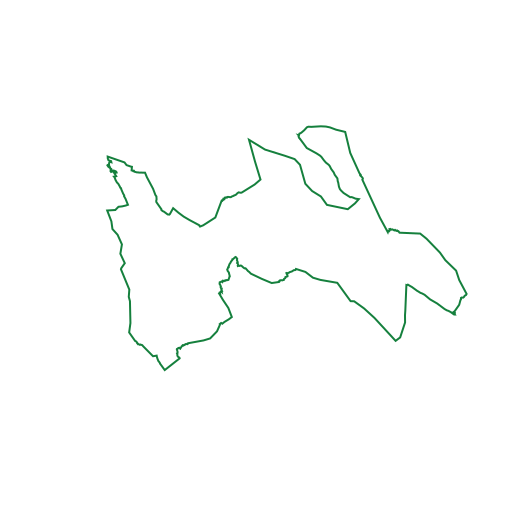 Vågå nor, Oppland, Norway (Natural Earth projection), rotated 231°
{"feature_id": "86288312B91782674250169", "entity_name": "Vågå nor", "entity_type": "district", "adm_level": 2, "iso_a3": "NOR", "parent_name": "Norway", "parent_adm1": "Oppland", "projection": "natural_earth1", "projection_center": [9.014, 61.703], "detail": "fine", "context": "isolated", "style": "outline", "palette": "green", "viewbox_px": 512, "rotation_deg": 231, "n_neighbors": 0, "source": "geoboundaries", "source_scale": "gbopen_adm2", "svg_char_len": 6081}
<svg xmlns="http://www.w3.org/2000/svg" viewBox="0 0 512 512"><g transform="rotate(231 256 256)"><path d="M276.4,109.3L266.0,108.6L265.6,108.9L264.7,109.1L263.4,109.1L263.2,108.8L261.9,108.8L261.9,109.1L260.2,109.7L260.1,109.8L260.0,110.4L259.2,110.8L259.0,111.1L258.3,111.5L257.0,111.5L242.9,112.9L241.1,116.1L240.0,115.5L237.7,114.6L235.6,114.0L234.6,114.1L233.1,113.9L232.8,113.7L224.8,113.3L224.5,132.2L225.2,132.5L226.8,132.0L227.7,132.1L228.2,132.3L229.1,133.0L230.0,133.3L229.9,133.8L230.8,134.7L233.4,135.8L233.5,136.0L233.2,137.0L233.4,137.7L232.9,138.7L232.0,138.7L231.7,138.8L232.1,139.5L232.0,140.1L232.6,141.3L232.6,142.0L232.3,142.5L232.8,142.9L232.8,143.1L232.4,143.4L231.9,144.1L232.0,144.4L231.9,144.6L232.0,144.8L231.7,145.4L231.8,145.9L231.3,146.6L230.6,147.3L230.7,147.8L231.0,148.0L230.9,148.4L223.4,162.1L220.8,168.5L222.0,178.3L225.1,184.4L225.6,185.1L225.9,185.1L225.9,186.8L224.6,187.2L224.6,190.1L223.9,195.1L223.8,198.8L233.0,201.8L242.8,202.7L249.7,203.7L249.4,204.2L250.3,204.3L250.5,204.7L250.1,205.2L250.1,205.6L250.5,206.3L250.4,206.6L249.8,206.7L250.0,206.8L250.0,207.5L251.0,207.6L251.5,208.1L251.5,207.9L251.8,208.0L252.3,208.4L253.9,208.8L254.3,209.1L254.3,209.3L254.4,209.5L256.0,210.0L257.2,210.1L257.8,210.6L258.4,211.3L258.0,211.9L258.0,212.6L257.7,213.0L257.8,213.5L257.5,213.8L257.3,213.7L257.0,213.7L257.2,214.1L257.1,214.5L257.4,214.7L257.5,214.6L257.6,214.8L256.6,215.4L256.5,216.6L256.2,216.6L256.2,217.0L255.6,217.9L255.7,218.1L254.9,219.2L254.8,219.6L256.5,222.3L256.8,222.6L256.8,222.9L259.5,224.1L259.9,224.4L261.2,224.6L262.3,224.6L263.7,225.2L263.8,225.8L264.6,227.0L264.4,227.6L265.1,228.0L265.3,228.8L265.7,229.1L266.5,230.6L266.7,231.6L267.3,232.8L267.3,233.3L267.7,234.0L267.7,234.8L268.3,235.6L268.0,236.0L268.2,239.0L268.1,239.5L267.4,239.7L265.6,239.6L264.9,238.6L262.9,238.0L262.3,237.6L262.3,237.4L262.6,237.2L262.5,236.9L261.2,236.9L260.3,236.6L260.3,236.4L260.3,236.0L260.6,236.0L259.9,235.7L259.9,236.0L259.2,236.3L258.8,236.8L258.5,237.2L258.4,237.9L257.9,238.4L256.8,238.7L255.7,238.8L253.9,239.2L253.4,239.5L253.2,240.0L252.7,240.2L249.3,240.3L247.8,240.7L245.5,240.9L234.6,246.1L225.1,251.2L221.4,257.4L221.9,257.8L221.9,258.2L221.6,258.5L222.0,259.1L221.7,259.6L221.5,260.2L220.5,261.1L220.3,261.8L219.9,262.5L220.5,263.2L220.5,264.0L220.4,264.6L220.6,265.2L221.1,265.6L220.4,267.7L221.3,268.4L222.4,268.5L223.6,268.9L223.5,269.2L222.6,269.5L222.6,270.4L222.3,271.0L222.3,271.9L221.4,274.2L221.2,276.4L220.4,277.6L220.3,278.0L220.8,278.9L212.5,284.4L203.3,286.6L196.9,291.0L184.0,302.3L161.4,301.1L159.0,303.8L147.2,307.0L133.3,309.1L102.2,311.1L102.0,316.8L110.5,330.0L116.3,334.6L119.4,337.5L138.8,354.6L138.3,354.9L138.3,355.6L138.2,356.0L135.4,357.0L134.0,357.6L127.2,359.4L126.6,359.7L123.9,360.6L122.4,361.5L119.8,362.6L112.7,364.0L105.1,366.9L96.0,369.2L93.5,370.2L92.0,371.2L91.2,371.4L90.3,371.9L85.9,373.1L85.4,373.7L86.3,373.8L86.1,373.9L86.3,374.4L86.6,374.8L87.6,374.9L88.1,374.8L88.1,375.2L88.0,375.4L90.2,383.2L93.1,387.2L93.3,388.0L94.4,388.9L94.3,389.7L93.3,390.7L93.3,391.9L93.8,393.2L93.5,394.6L94.0,395.8L109.4,398.8L118.7,402.3L133.6,400.5L142.9,401.1L162.1,399.4L170.1,397.7L183.8,382.2L185.7,382.3L186.1,381.8L187.0,381.7L187.0,381.1L187.2,380.9L188.8,380.5L188.8,380.3L188.6,379.9L188.8,379.6L190.8,378.8L191.2,377.9L192.6,377.4L192.9,376.7L192.0,376.4L191.7,376.1L191.5,375.0L192.1,374.8L192.3,374.6L191.5,373.4L207.8,376.4L248.1,386.6L248.4,386.7L248.5,387.2L249.1,387.9L250.5,388.0L252.9,387.7L253.3,387.8L253.3,388.1L253.0,388.4L253.2,388.5L253.9,388.3L254.1,388.5L255.3,388.5L276.8,394.1L296.3,403.4L303.8,397.7L309.4,394.4L312.6,391.8L316.0,388.0L321.6,380.2L323.5,378.1L324.0,376.6L323.4,372.6L323.3,369.3L323.4,367.7L323.8,366.9L323.7,366.5L322.8,365.2L323.1,365.0L322.4,365.0L322.1,364.3L320.6,363.8L319.6,364.0L319.2,363.8L318.7,363.9L308.0,363.4L297.7,367.6L293.8,368.9L291.9,369.2L287.6,369.0L284.6,369.1L281.1,369.9L279.5,369.9L276.3,369.2L272.0,369.0L269.6,368.3L265.1,368.1L262.7,366.6L261.3,366.1L257.7,364.1L255.2,363.3L253.4,363.3L249.9,363.7L242.4,366.2L241.6,367.4L240.1,368.3L238.0,369.4L235.5,371.7L234.6,366.0L234.6,356.8L251.1,343.3L261.4,343.9L271.2,340.5L281.1,339.8L299.2,347.6L307.0,347.0L315.9,341.4L333.0,330.0L350.7,323.7L330.1,314.7L312.6,307.6L312.4,299.9L314.3,284.7L314.8,283.9L316.4,282.5L316.5,280.8L316.3,279.5L316.3,278.6L316.9,276.9L316.8,276.6L317.5,274.5L317.5,273.7L317.9,273.0L319.0,272.0L319.8,271.1L319.9,270.6L320.1,270.2L319.8,269.9L320.7,269.1L320.9,268.8L320.6,268.3L320.9,268.0L320.6,267.6L320.6,267.4L320.0,267.0L320.2,266.5L320.8,266.3L320.2,265.4L320.6,264.8L320.4,264.6L320.4,264.4L320.2,264.2L320.5,263.9L311.5,248.6L313.1,234.2L314.1,231.0L314.7,231.0L315.5,231.3L325.7,227.0L332.1,224.6L338.4,223.0L345.3,221.7L342.8,215.5L342.7,214.7L343.9,213.5L348.3,212.4L349.7,211.7L351.3,211.4L351.5,211.5L351.9,211.9L360.6,212.5L361.6,213.1L362.6,214.4L365.0,216.1L366.7,216.2L373.0,218.3L385.9,220.8L390.6,222.2L394.5,217.5L395.1,217.1L396.1,215.9L397.2,215.2L398.1,214.5L399.1,214.8L399.5,214.4L399.5,213.9L400.0,213.8L400.8,213.2L403.4,215.7L404.1,215.1L408.1,212.6L411.5,212.7L426.6,203.3L425.1,202.2L423.2,201.6L422.0,202.3L420.9,203.1L419.9,202.6L421.1,201.9L421.1,201.6L420.9,201.1L420.9,200.7L420.1,199.7L418.4,198.5L420.8,197.7L418.4,197.4L418.1,197.5L417.6,197.6L417.8,198.0L417.6,198.5L416.6,198.3L415.3,197.8L414.7,198.3L414.0,198.0L414.6,197.4L413.6,196.9L413.7,196.7L413.6,196.4L412.5,196.3L412.1,197.6L412.7,197.8L412.0,199.2L410.1,200.3L409.3,200.4L408.7,200.2L409.0,199.8L408.9,199.3L410.2,199.0L410.4,198.9L410.2,198.7L410.5,198.6L411.0,198.7L411.4,198.2L406.0,197.6L406.3,196.8L407.0,195.6L406.1,195.6L403.5,194.7L400.7,194.2L398.8,194.4L395.8,193.9L394.4,193.5L393.6,193.8L392.7,193.3L388.1,192.0L386.0,191.7L385.5,191.1L382.6,190.6L376.4,188.7L377.2,186.5L378.8,183.2L380.8,180.1L380.3,175.6L385.0,169.0L373.9,165.4L367.3,161.4L359.6,161.8L349.4,159.1L343.1,152.0L333.0,149.5L331.3,143.6L330.7,142.7L309.6,136.4L304.3,131.4L300.2,129.6L282.9,116.2L276.4,109.3Z" fill="none" stroke="#15803d" stroke-width="2"/></g></svg>